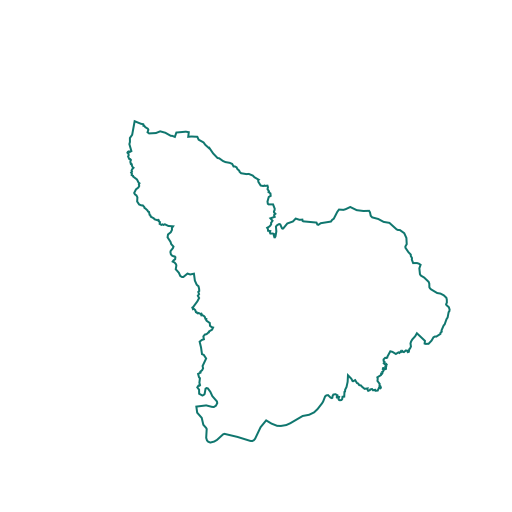 Mueang Chanthaburi, Chanthaburi, Thailand (Albers equal-area conic projection), rotated 328°
{"feature_id": "78962969B33919440626179", "entity_name": "Mueang Chanthaburi", "entity_type": "district", "adm_level": 2, "iso_a3": "THA", "parent_name": "Thailand", "parent_adm1": "Chanthaburi", "projection": "albers", "projection_center": [102.113, 12.63], "detail": "fine", "context": "isolated", "style": "outline", "palette": "teal", "viewbox_px": 512, "rotation_deg": 328, "n_neighbors": 0, "source": "geoboundaries", "source_scale": "gbopen_adm2", "svg_char_len": 6147}
<svg xmlns="http://www.w3.org/2000/svg" viewBox="0 0 512 512"><g transform="rotate(328 256 256)"><path d="M207.9,94.0L205.9,101.0L204.0,100.9L203.8,100.0L203.4,99.8L202.5,99.8L201.7,100.3L202.0,101.6L201.5,103.0L200.3,103.8L199.9,106.5L200.7,107.2L200.8,108.3L199.8,108.9L198.9,110.5L199.2,111.7L198.7,112.0L199.1,112.7L198.6,113.8L198.5,115.6L198.8,116.3L197.0,116.8L195.7,117.7L195.5,118.8L194.3,119.1L194.4,120.4L193.4,121.5L194.2,122.9L193.9,123.5L195.6,128.0L195.3,131.6L195.7,132.6L194.6,133.2L194.1,134.7L192.5,135.6L189.5,135.9L186.1,138.0L186.0,139.6L186.7,141.2L186.5,143.4L184.1,146.8L184.2,150.4L185.6,152.3L186.8,153.1L187.2,155.3L186.9,156.3L187.4,157.1L188.1,159.8L188.0,161.1L188.6,162.0L187.6,164.7L188.0,165.6L187.6,166.9L189.3,169.9L189.4,171.1L191.5,173.6L192.2,173.5L192.5,174.2L192.0,175.2L192.5,176.4L191.3,177.7L192.3,179.5L193.4,179.6L194.0,180.6L195.5,180.8L197.6,184.1L201.4,186.9L199.5,187.7L198.6,189.3L196.3,190.7L192.8,191.1L190.9,193.3L191.0,198.7L190.4,201.0L191.0,204.3L189.7,205.3L186.3,206.5L185.5,207.3L184.7,209.5L185.0,211.2L186.1,212.8L186.8,213.2L187.0,214.3L185.7,215.9L183.8,216.0L182.4,216.6L183.5,218.4L183.8,220.7L183.4,221.9L180.9,224.7L181.7,229.3L181.2,232.8L182.1,234.6L183.3,235.3L188.6,234.6L190.4,236.8L194.0,238.1L191.1,244.5L190.5,249.0L191.2,251.2L190.3,253.8L189.3,255.6L188.0,255.9L187.5,258.2L185.6,258.9L185.5,261.5L182.2,263.4L175.6,266.0L174.7,266.0L174.4,267.6L175.2,267.6L175.8,269.7L175.3,271.8L175.9,272.2L175.8,272.9L176.3,273.9L177.1,273.9L178.4,275.9L178.3,276.9L179.1,276.5L179.0,277.5L180.0,279.2L180.3,280.5L179.8,282.4L180.5,283.1L179.8,283.9L179.8,284.8L181.3,288.3L180.0,290.8L180.7,292.8L181.7,293.9L179.7,295.2L176.2,295.1L175.6,295.8L174.9,295.6L173.7,296.0L172.3,296.0L171.1,295.5L169.2,296.1L168.7,296.4L167.7,299.0L165.6,298.5L162.8,298.8L160.9,304.5L158.2,310.6L159.3,312.2L159.4,316.5L152.4,321.0L151.6,323.2L149.8,324.3L147.5,324.6L147.2,325.5L144.4,325.3L143.4,328.7L143.7,329.9L140.8,333.5L140.1,335.9L139.3,336.1L138.6,335.4L136.6,336.3L136.9,339.2L134.8,342.7L136.6,345.9L137.9,346.1L139.3,345.8L142.9,341.8L144.1,341.8L145.0,342.8L145.3,347.0L144.7,351.7L145.8,358.6L145.2,360.2L142.7,361.7L140.2,361.7L138.7,360.6L134.6,356.3L125.6,352.1L123.1,357.7L124.2,364.5L121.9,371.2L122.6,375.4L122.5,376.6L117.4,383.8L116.7,386.4L117.0,388.1L118.4,390.0L122.2,391.2L125.4,391.3L133.6,389.8L135.0,390.1L144.4,399.6L153.2,409.8L154.7,410.9L156.5,411.1L158.4,410.5L169.2,403.6L177.5,400.8L180.3,406.3L183.9,411.2L187.0,413.3L192.1,415.4L196.5,416.0L210.8,416.4L216.9,418.8L222.4,419.4L227.2,418.4L234.0,415.9L235.8,415.0L240.2,411.7L241.8,411.5L243.4,412.2L244.2,415.6L245.0,416.7L245.6,416.7L246.9,415.2L248.2,414.5L250.1,415.3L251.2,417.2L249.7,418.4L249.7,418.9L251.4,419.1L251.8,419.5L250.2,420.9L250.1,422.0L250.7,422.8L252.1,423.4L253.2,423.1L254.8,421.2L256.3,422.0L259.0,418.1L259.7,418.1L260.8,416.6L263.3,415.1L267.0,411.3L270.8,405.9L271.8,410.6L271.6,413.3L272.1,413.7L274.3,413.8L274.3,417.2L275.1,418.4L275.1,420.2L276.4,421.4L276.6,422.9L277.7,426.2L280.4,427.4L279.8,427.9L279.7,429.8L281.5,430.1L282.2,429.7L283.9,430.3L284.1,431.9L286.1,432.6L285.9,433.6L287.9,434.6L290.8,432.7L291.4,434.1L292.1,433.9L292.5,432.5L292.2,431.1L293.1,430.0L292.8,426.3L294.2,424.6L294.6,423.2L298.9,423.2L299.6,422.3L299.9,422.8L300.4,422.7L301.3,422.2L301.5,421.2L302.7,421.2L304.0,420.3L303.6,419.1L304.4,418.4L304.9,418.7L305.0,420.3L306.4,420.6L307.1,419.5L307.0,418.6L307.9,418.6L308.1,418.0L309.3,417.4L309.2,416.5L307.9,416.4L307.5,414.6L308.9,414.2L308.6,412.6L309.4,411.3L311.6,410.8L312.7,411.7L313.5,411.7L313.9,411.1L319.4,408.0L320.9,409.6L322.7,413.2L325.7,413.2L326.2,414.2L328.5,413.5L328.4,414.3L329.8,414.2L329.8,415.2L330.5,415.9L333.0,415.5L334.5,416.8L333.8,417.4L333.8,418.0L334.9,418.2L336.5,416.3L337.5,416.1L339.4,414.9L340.7,412.0L342.2,410.7L344.3,409.6L348.5,408.4L351.5,406.8L354.3,417.5L352.6,419.6L353.1,420.3L355.8,421.9L360.0,420.8L363.4,419.0L365.1,419.1L366.2,419.9L371.1,419.8L371.9,418.8L373.4,418.6L373.9,417.4L378.4,414.3L379.7,414.0L384.1,410.5L385.9,409.7L389.6,405.7L390.7,405.3L391.8,404.0L392.4,401.6L391.5,398.6L391.6,397.7L393.2,396.6L394.7,394.1L395.3,392.3L394.4,388.8L392.5,385.6L390.0,383.4L386.7,376.9L386.4,375.4L386.5,374.3L388.3,371.3L388.7,369.4L387.2,363.4L385.4,359.9L385.4,358.3L388.0,353.0L390.9,350.7L390.0,348.7L388.8,347.3L385.5,345.3L386.2,341.7L387.2,340.4L387.3,338.0L388.0,336.8L387.3,333.6L387.1,328.2L387.7,327.1L390.1,325.8L393.1,320.4L393.8,315.2L391.8,310.3L390.0,309.0L389.3,307.8L386.7,298.6L382.3,294.7L379.3,289.4L375.0,284.8L374.6,282.7L375.8,279.4L375.8,277.6L371.0,274.8L365.7,270.5L361.9,264.4L356.8,263.8L354.6,263.2L351.0,260.6L348.4,261.6L341.7,265.6L339.8,265.7L337.8,266.5L328.3,262.5L325.4,262.6L324.7,261.8L325.0,259.7L314.5,251.7L314.1,251.0L314.6,249.7L312.1,248.4L309.5,245.3L305.6,246.3L299.8,245.0L293.6,247.1L292.9,246.8L292.7,246.2L293.3,242.2L293.0,241.5L292.2,241.1L290.0,241.1L288.5,241.6L286.3,245.9L282.9,249.7L281.9,250.2L281.5,249.9L282.1,247.8L282.9,246.9L282.1,245.8L280.1,244.6L280.2,243.4L281.3,242.4L279.6,241.0L280.4,239.4L280.4,238.0L282.9,238.1L284.5,237.7L285.7,237.1L286.3,235.9L288.7,234.9L288.2,231.7L292.6,232.7L292.8,231.3L293.3,230.7L294.8,230.5L294.4,228.6L294.9,227.6L295.8,227.2L296.9,225.9L297.8,221.3L294.1,219.0L293.7,218.0L294.6,215.9L298.1,212.7L300.3,212.8L301.4,210.6L300.5,208.4L301.3,208.0L301.2,205.4L302.6,204.0L303.0,202.4L300.7,201.3L300.5,200.7L299.2,200.5L297.3,198.7L297.3,194.4L298.1,192.6L298.6,192.6L296.4,188.4L295.9,186.1L293.4,182.6L291.3,181.5L287.2,177.9L286.7,175.8L287.0,174.7L286.3,172.5L286.5,170.5L285.5,168.8L284.4,168.2L284.6,165.3L283.1,163.1L279.8,160.1L278.3,157.9L276.6,153.7L275.3,152.5L274.0,146.3L273.7,139.6L273.3,139.7L271.9,134.8L271.7,131.9L269.0,127.0L269.4,123.8L264.5,120.4L261.7,119.0L264.6,115.4L262.4,113.4L253.9,109.1L250.3,112.0L248.7,109.8L247.4,108.9L244.4,103.4L240.8,99.5L236.3,98.7L230.3,95.4L229.6,93.6L231.6,91.9L231.7,90.7L230.4,88.1L230.2,86.1L229.6,85.9L230.2,84.5L228.5,82.9L224.5,77.4L215.2,87.6L211.6,89.1L209.5,92.5L207.9,94.0Z" fill="none" stroke="#0f766e" stroke-width="2"/></g></svg>